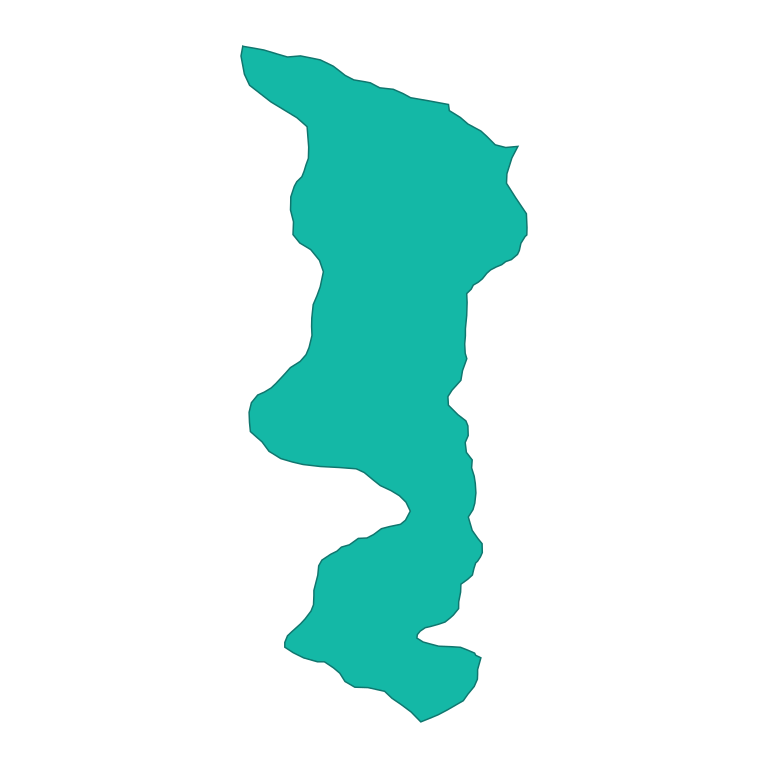 Shamakhi District, Şamaxı, Azerbaijan (Equal Earth projection)
{"feature_id": "54616110B16651088424667", "entity_name": "Shamakhi District", "entity_type": "district", "adm_level": 2, "iso_a3": "AZE", "parent_name": "Azerbaijan", "parent_adm1": "Şamaxı", "projection": "equal_earth", "projection_center": [48.652, 40.629], "detail": "fine", "context": "isolated", "style": "filled", "palette": "teal", "viewbox_px": 768, "rotation_deg": 0, "n_neighbors": 0, "source": "geoboundaries", "source_scale": "gbopen_adm2", "svg_char_len": 2702}
<svg xmlns="http://www.w3.org/2000/svg" viewBox="0 0 768 768"><path d="M448.5,104.5L429.7,101.0L410.6,97.7L403.3,93.7L393.3,89.3L379.7,87.8L370.3,82.8L364.6,81.7L353.8,79.9L345.1,75.4L342.6,73.4L333.3,66.2L320.3,59.9L312.1,58.2L300.5,55.9L287.5,57.0L276.5,53.8L263.9,50.0L254.1,48.2L243.5,46.4L242.8,46.1L241.0,56.0L244.4,74.2L249.6,85.3L270.9,101.9L296.9,117.7L307.1,126.7L308.7,147.2L308.4,158.3L306.0,164.9L304.1,171.2L301.9,176.7L296.8,181.7L294.3,186.3L290.8,196.9L290.7,203.3L290.5,210.0L293.5,221.8L293.0,234.6L299.8,243.0L310.7,249.6L319.5,260.4L323.4,271.7L320.2,286.9L317.0,295.7L313.2,304.6L311.8,318.1L311.6,326.5L312.0,335.4L309.1,347.4L306.1,354.6L300.2,361.4L290.4,367.6L285.0,373.7L275.7,383.7L271.1,388.0L264.3,392.1L257.7,395.0L251.4,402.7L249.1,412.3L249.5,422.5L250.4,431.6L257.5,437.9L262.0,441.8L269.0,451.3L280.8,458.6L292.4,462.0L303.1,464.5L320.3,466.5L339.2,467.5L356.2,468.8L364.2,472.5L373.5,480.2L380.3,485.6L391.0,490.6L399.4,495.7L406.0,502.2L410.3,511.1L405.5,520.2L400.5,524.3L389.4,526.6L381.4,528.7L373.5,534.6L366.9,538.0L358.3,538.4L349.4,544.8L341.4,547.1L336.9,551.2L330.8,554.2L321.9,560.1L318.7,565.8L317.8,575.1L313.9,590.4L313.9,595.6L313.5,604.8L311.0,611.1L305.1,618.9L300.5,623.9L291.6,631.9L287.5,635.8L284.8,642.4L284.8,647.2L287.1,648.7L293.2,652.7L303.7,657.9L317.5,661.8L324.4,661.8L333.4,667.8L339.8,673.2L345.0,681.5L354.8,687.2L368.0,687.6L384.6,691.3L392.1,698.4L400.8,704.3L411.0,711.9L420.8,721.9L432.6,717.1L438.1,714.8L447.2,710.0L456.7,704.5L463.3,700.7L467.8,694.3L474.2,686.5L477.4,679.2L477.6,674.1L477.6,669.6L480.9,657.8L475.7,655.3L474.6,653.1L466.9,649.8L460.5,647.3L451.1,646.7L438.7,646.2L430.0,643.9L423.1,642.0L416.9,638.1L417.3,634.7L420.1,631.2L425.2,627.7L430.5,626.5L438.7,624.2L445.1,622.0L450.2,617.9L453.4,615.0L458.6,608.6L458.7,601.9L460.6,592.1L460.9,584.2L467.8,579.2L472.4,575.0L473.9,568.6L475.7,562.9L477.5,561.3L480.4,556.9L482.3,552.6L482.1,543.7L477.8,538.4L472.2,530.4L468.3,517.0L473.0,509.6L474.8,503.2L475.9,493.0L475.3,483.5L474.2,476.2L471.6,467.9L472.2,459.9L466.4,452.4L465.2,442.5L468.2,435.6L467.9,425.9L465.9,420.9L457.9,414.7L448.4,405.2L447.9,396.6L452.0,390.2L460.9,380.3L462.5,370.7L466.8,358.7L465.2,353.3L464.7,344.0L465.4,335.8L465.4,328.8L466.7,315.6L467.1,302.4L466.7,293.6L471.2,289.2L473.3,285.1L478.4,282.1L482.4,278.8L486.7,273.4L490.6,269.9L495.9,267.1L501.7,264.7L505.7,261.6L511.4,259.6L517.5,254.4L519.3,250.6L520.9,243.3L525.1,236.5L526.8,235.0L527.0,227.7L526.4,213.7L515.7,197.8L506.5,183.3L506.9,173.8L511.9,157.9L517.9,146.4L505.7,147.5L495.2,144.8L487.0,136.6L481.0,131.1L467.9,124.0L460.4,117.5L449.3,110.6L448.5,104.5Z" fill="#14b8a6" stroke="#0f766e" stroke-width="1.5"/></svg>